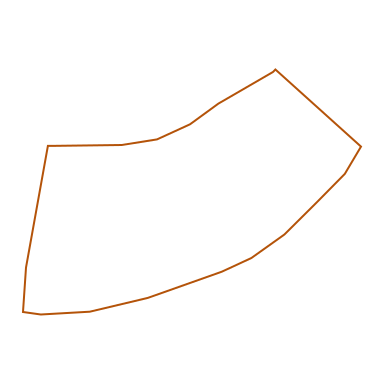 42, Ad Dawhah, Qatar (Equal Earth projection)
{"feature_id": "91078587B68220687266900", "entity_name": "42", "entity_type": "district", "adm_level": 2, "iso_a3": "QAT", "parent_name": "Qatar", "parent_adm1": "Ad Dawhah", "projection": "equal_earth", "projection_center": [51.545, 25.262], "detail": "fine", "context": "isolated", "style": "outline", "palette": "amber", "viewbox_px": 384, "rotation_deg": 0, "n_neighbors": 0, "source": "geoboundaries", "source_scale": "gbopen_adm2", "svg_char_len": 358}
<svg xmlns="http://www.w3.org/2000/svg" viewBox="0 0 384 384"><path d="M51.0,145.9L47.9,145.9L26.0,267.6L23.0,312.0L40.8,314.5L89.8,311.7L147.8,297.9L221.8,271.7L251.4,258.0L284.4,234.5L316.3,202.8L344.8,173.9L361.0,146.6L275.4,69.5L273.1,71.9L218.4,103.6L190.0,124.3L157.0,139.4L121.7,145.0L51.0,145.9Z" fill="none" stroke="#b45309" stroke-width="2"/></svg>